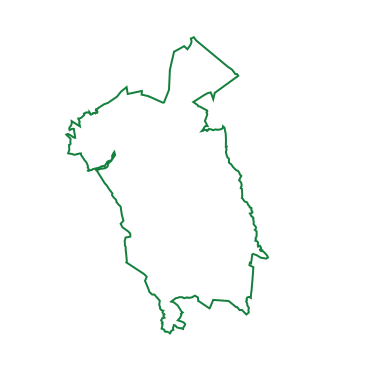 the district of Coquimatlán, Colima, Mexico, rotated 232°
{"feature_id": "50627088B5887634213656", "entity_name": "Coquimatlán", "entity_type": "district", "adm_level": 2, "iso_a3": "MEX", "parent_name": "Mexico", "parent_adm1": "Colima", "projection": "orthographic", "projection_center": [-103.915, 19.176], "detail": "fine", "context": "isolated", "style": "outline", "palette": "green", "viewbox_px": 384, "rotation_deg": 232, "n_neighbors": 0, "source": "geoboundaries", "source_scale": "gbopen_adm2", "svg_char_len": 5997}
<svg xmlns="http://www.w3.org/2000/svg" viewBox="0 0 384 384"><g transform="rotate(232 192 192)"><path d="M224.6,256.9L223.6,256.0L223.4,254.5L224.1,252.3L224.7,251.6L225.4,250.2L226.7,249.3L227.3,248.0L227.3,247.4L227.8,246.6L229.2,245.9L231.2,244.2L230.8,242.5L230.8,241.5L231.1,241.4L231.5,241.5L231.9,241.7L232.4,240.8L233.3,240.2L233.4,238.5L234.0,237.2L234.2,238.1L234.3,238.8L235.5,241.8L235.6,242.5L235.5,243.5L234.4,244.8L240.0,245.9L243.7,251.8L245.9,252.5L245.9,253.5L246.9,254.1L254.6,250.7L255.8,249.7L256.9,250.0L262.1,248.4L260.9,261.0L260.3,265.0L259.0,268.0L256.2,267.3L252.1,265.9L256.1,271.0L255.1,300.0L257.1,300.1L258.3,298.8L263.8,298.9L268.7,297.3L308.7,288.6L312.9,288.7L313.6,285.5L311.5,284.7L310.0,283.3L308.8,281.1L307.3,276.3L311.8,275.6L312.5,270.6L313.6,264.2L301.9,249.8L286.7,236.8L279.8,225.1L280.4,224.0L293.7,217.0L293.8,216.7L294.6,216.5L299.8,212.2L300.9,213.4L302.5,214.7L308.8,201.7L314.9,205.0L314.8,197.8L313.3,191.7L314.0,180.5L315.3,176.6L315.9,169.4L315.7,169.1L316.3,167.3L316.2,167.2L315.9,167.2L315.5,166.4L315.3,166.4L314.7,166.5L314.3,167.1L313.8,167.1L313.2,166.4L312.9,166.3L312.9,165.8L313.6,165.2L313.4,164.3L313.8,164.2L314.8,163.4L315.1,162.6L315.1,161.8L314.8,161.6L315.1,160.8L315.2,160.0L315.5,160.0L315.9,159.7L317.2,160.1L317.4,160.3L317.5,160.3L317.6,160.1L318.1,160.4L318.3,160.4L317.7,159.9L318.2,159.8L318.2,159.4L318.6,159.3L319.3,158.0L319.6,158.0L319.8,157.6L320.3,155.2L319.7,155.0L319.7,154.8L319.3,154.7L319.0,154.4L318.7,150.4L319.1,148.7L319.4,148.2L319.6,148.1L319.9,147.6L316.5,146.8L316.3,145.9L312.7,144.1L319.6,141.6L322.0,140.8L321.6,140.5L320.8,140.1L319.3,138.5L318.8,137.4L318.3,135.4L318.1,134.9L317.3,134.1L316.3,133.7L316.3,134.1L315.9,134.4L315.9,135.2L315.5,136.5L314.5,137.7L306.7,133.4L307.0,132.9L307.7,132.4L311.8,131.1L313.7,130.2L313.8,130.0L314.1,130.0L314.6,128.3L313.5,128.4L308.9,129.1L307.5,128.1L306.5,127.0L305.0,126.2L304.4,125.4L304.8,124.1L300.8,121.3L299.0,118.6L298.9,118.8L298.3,118.5L296.2,120.5L295.5,121.1L294.7,121.5L294.2,121.7L293.4,122.8L292.8,124.1L292.8,124.6L292.0,125.8L291.7,127.0L290.7,128.2L290.3,127.8L289.4,127.4L282.8,126.9L280.8,127.1L277.9,126.4L276.7,126.0L275.9,125.4L275.7,125.0L275.5,124.9L275.2,125.0L274.1,124.7L272.9,124.4L273.0,123.2L272.5,123.2L272.1,124.0L271.6,125.6L271.1,126.6L271.0,128.2L268.8,132.8L268.2,134.3L268.1,135.7L267.2,138.1L266.1,139.0L267.0,141.1L267.3,142.7L267.9,143.5L267.9,144.7L266.8,147.6L267.0,148.9L267.9,150.1L269.8,151.4L270.1,152.3L270.9,153.8L271.4,155.4L268.5,154.2L268.5,153.0L267.9,152.7L267.2,149.9L267.0,149.7L266.2,147.3L266.1,143.9L264.0,140.9L264.2,138.2L267.0,133.3L267.6,130.6L268.0,129.9L267.9,129.9L267.5,130.1L266.7,130.1L252.5,128.6L250.0,128.9L244.9,128.4L239.8,128.4L239.3,127.5L238.5,127.0L236.2,126.9L233.2,127.3L231.9,127.2L230.5,126.2L229.4,126.5L227.7,126.3L224.5,126.8L217.3,122.7L211.6,120.3L210.9,116.2L207.0,115.5L200.6,117.4L197.4,117.7L196.8,117.4L194.8,115.9L197.0,111.6L194.8,108.8L194.4,108.4L193.6,108.1L191.3,106.3L189.3,105.8L187.1,104.0L183.7,102.0L177.4,97.9L177.0,96.9L157.1,103.6L154.1,104.1L152.9,104.0L151.0,100.3L141.8,97.8L139.5,96.9L135.7,97.5L134.4,99.2L126.2,99.7L123.5,96.9L120.3,95.6L119.9,95.1L118.9,95.0L118.1,95.1L117.1,95.7L116.2,95.7L116.1,95.9L115.8,95.2L115.1,94.5L113.8,94.5L113.4,94.9L112.4,94.8L112.3,93.5L111.0,92.9L109.9,92.9L110.1,92.3L110.8,91.4L110.9,90.9L110.4,89.9L110.3,89.4L109.7,88.6L109.0,88.7L108.5,88.4L108.2,88.4L107.3,88.6L107.1,88.5L106.8,87.8L106.8,87.3L105.5,87.1L103.0,83.9L100.7,85.3L99.9,85.2L99.4,84.8L98.8,84.8L98.3,84.9L97.9,85.4L97.1,86.5L94.8,87.6L94.2,87.6L94.3,88.4L95.0,89.4L95.3,90.1L95.2,91.4L94.9,91.9L94.8,92.4L96.3,93.1L96.8,93.6L97.9,95.4L98.3,95.8L98.2,95.9L96.9,96.7L94.7,96.7L91.9,98.7L91.5,99.6L89.5,100.6L89.6,100.8L90.2,101.0L91.7,104.9L92.0,105.1L93.4,105.3L94.2,105.1L94.7,104.7L95.3,104.7L99.6,101.8L100.3,105.3L101.7,108.0L102.8,108.3L102.8,110.5L104.0,110.1L111.4,110.9L116.1,109.8L118.4,108.2L118.3,113.9L117.6,115.2L116.8,117.5L114.9,119.7L113.1,120.4L112.4,122.1L112.4,122.5L111.5,123.7L111.2,123.7L110.7,124.0L108.9,127.3L108.8,129.1L108.5,130.5L105.3,131.7L102.1,129.8L101.9,130.1L89.6,134.1L89.7,134.8L93.9,142.3L83.5,153.8L74.2,155.9L73.6,156.7L69.6,156.8L68.4,158.7L62.1,159.4L62.0,160.9L62.2,162.6L64.3,163.8L65.7,165.5L66.5,165.7L67.6,165.6L69.0,166.0L69.7,166.7L70.3,166.7L71.8,167.4L72.3,167.2L72.6,167.6L72.6,168.0L73.0,168.8L74.0,169.0L74.9,170.4L74.3,172.3L72.3,173.2L73.3,173.9L76.8,177.2L77.3,177.9L86.7,186.6L95.0,194.1L99.0,192.2L100.6,194.1L99.5,194.7L105.5,200.8L105.7,201.9L102.7,203.9L98.0,205.7L93.7,209.6L93.7,211.6L95.8,212.1L100.6,211.7L101.8,211.2L102.7,211.6L102.9,211.4L102.8,210.8L103.1,210.6L102.9,210.4L102.9,210.1L103.4,209.9L103.8,210.2L104.2,210.3L104.6,210.0L104.8,210.1L104.8,210.6L104.5,211.3L105.6,212.1L107.9,212.4L108.1,212.1L108.0,211.3L108.4,210.4L108.6,210.5L108.8,210.9L110.1,211.4L110.7,212.4L111.6,213.0L113.2,212.9L114.6,211.9L115.1,212.3L115.6,213.4L116.7,213.9L117.2,215.5L121.2,218.7L123.4,218.2L123.4,218.7L124.3,220.4L125.7,220.9L127.9,220.7L128.9,220.8L130.4,222.3L132.9,223.4L133.4,224.3L134.4,224.5L135.2,224.1L136.1,224.2L136.6,223.9L138.2,224.3L139.4,224.4L138.7,226.1L138.6,226.8L138.8,227.1L139.2,227.4L141.3,227.6L141.6,227.8L142.0,228.5L142.8,229.0L143.7,228.3L144.0,228.3L144.4,228.0L145.4,228.6L147.2,228.3L149.7,229.0L150.7,228.6L152.1,227.6L154.0,227.7L155.0,227.9L156.6,227.6L157.4,228.7L158.2,229.4L158.6,229.5L159.4,230.3L163.8,233.3L165.0,232.7L166.0,234.1L166.1,234.7L167.3,235.6L168.3,236.1L169.2,236.5L172.3,236.4L172.7,237.5L173.3,238.2L174.2,240.6L174.4,240.8L176.1,240.5L178.5,241.2L179.2,241.2L179.7,241.3L180.4,241.2L181.4,240.5L182.8,240.1L186.8,239.7L188.8,239.9L189.8,239.9L191.8,239.3L192.7,239.3L193.9,240.4L195.5,241.5L195.9,241.6L196.5,241.5L197.4,241.2L201.5,242.7L202.8,243.5L204.0,245.2L204.5,245.3L205.1,245.7L206.3,247.2L206.8,246.5L212.2,250.9L217.1,254.4L222.8,257.2L224.6,256.9Z" fill="none" stroke="#15803d" stroke-width="2"/></g></svg>